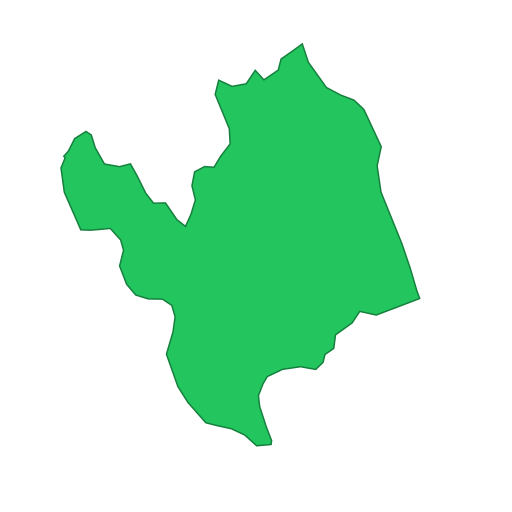 the district of Ronneby, Blekinge, Sweden, rotated 249°
{"feature_id": "70781695B61980194146420", "entity_name": "Ronneby", "entity_type": "district", "adm_level": 2, "iso_a3": "SWE", "parent_name": "Sweden", "parent_adm1": "Blekinge", "projection": "robinson", "projection_center": [15.274, 56.332], "detail": "fine", "context": "isolated", "style": "filled", "palette": "green", "viewbox_px": 512, "rotation_deg": 249, "n_neighbors": 0, "source": "geoboundaries", "source_scale": "gbopen_adm2", "svg_char_len": 1257}
<svg xmlns="http://www.w3.org/2000/svg" viewBox="0 0 512 512"><g transform="rotate(249 256 256)"><path d="M157.7,393.6L165.9,393.7L189.1,395.6L215.0,396.6L270.9,395.6L296.8,401.4L313.2,412.1L354.1,409.2L366.3,403.4L375.9,392.7L388.1,382.1L418.1,374.3L437.4,375.2L434.9,365.9L430.9,350.0L421.6,343.4L417.6,326.5L429.6,321.8L420.3,308.6L422.9,294.5L433.5,284.2L421.5,275.8L384.4,276.7L369.9,272.0L361.9,258.9L353.9,248.6L357.9,240.1L356.6,228.9L344.6,221.4L330.1,219.5L318.2,210.2L308.9,200.8L318.2,195.2L338.0,190.5L342.0,179.3L353.9,175.6L373.7,173.7L387.0,171.8L388.3,160.6L396.2,147.5L414.7,144.7L428.0,145.6L433.2,141.9L430.6,128.8L421.3,118.6L418.0,112.3L416.0,113.0L408.1,105.5L384.2,99.9L343.2,101.8L341.9,104.9L339.3,111.1L336.6,120.4L334.0,129.8L319.5,135.4L308.9,134.4L295.6,125.1L275.8,125.1L262.6,129.8L254.6,140.0L249.3,153.1L240.1,159.7L228.2,158.7L214.9,151.3L196.4,137.2L162.0,136.3L143.5,140.0L118.3,149.4L111.7,158.7L103.7,170.9L93.1,181.2L78.6,188.6L74.6,202.5L78.0,204.4L93.2,204.4L114.3,205.5L124.9,208.3L134.1,216.7L139.4,223.3L140.7,240.1L136.7,257.9L128.7,271.1L132.7,280.5L139.3,285.1L141.9,295.5L153.9,302.0L159.1,321.8L167.1,333.0L157.8,347.1L157.7,370.7L157.7,393.6Z" fill="#22c55e" stroke="#15803d" stroke-width="1.5"/></g></svg>